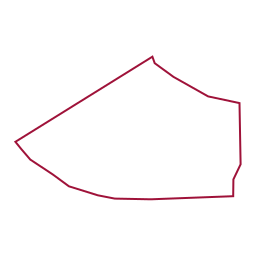 outline of 40, Ad Dawhah, Qatar
{"feature_id": "91078587B42486259491848", "entity_name": "40", "entity_type": "district", "adm_level": 2, "iso_a3": "QAT", "parent_name": "Qatar", "parent_adm1": "Ad Dawhah", "projection": "albers", "projection_center": [51.511, 25.262], "detail": "fine", "context": "isolated", "style": "outline", "palette": "rose", "viewbox_px": 256, "rotation_deg": 0, "n_neighbors": 0, "source": "geoboundaries", "source_scale": "gbopen_adm2", "svg_char_len": 332}
<svg xmlns="http://www.w3.org/2000/svg" viewBox="0 0 256 256"><path d="M15.4,141.8L21.3,149.1L30.3,159.6L52.7,174.4L68.9,186.3L97.8,195.3L114.8,198.6L150.9,199.3L233.2,196.2L233.2,195.3L233.4,179.4L240.6,164.3L239.5,103.1L208.1,96.4L173.5,76.9L154.7,63.2L152.4,56.7L15.4,141.8Z" fill="none" stroke="#9f1239" stroke-width="2"/></svg>